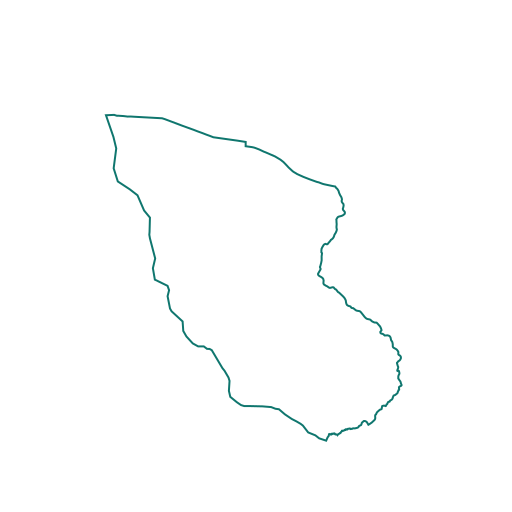 the district of Campina, Prahova, Romania, rotated 143°
{"feature_id": "2599482B7526130518250", "entity_name": "Campina", "entity_type": "district", "adm_level": 2, "iso_a3": "ROU", "parent_name": "Romania", "parent_adm1": "Prahova", "projection": "orthographic", "projection_center": [25.739, 45.14], "detail": "fine", "context": "isolated", "style": "outline", "palette": "teal", "viewbox_px": 512, "rotation_deg": 143, "n_neighbors": 0, "source": "geoboundaries", "source_scale": "gbopen_adm2", "svg_char_len": 5878}
<svg xmlns="http://www.w3.org/2000/svg" viewBox="0 0 512 512"><g transform="rotate(143 256 256)"><path d="M330.1,333.9L338.0,314.7L345.7,308.3L351.0,298.0L344.6,285.4L346.0,281.0L350.8,277.1L356.3,265.8L356.7,262.6L354.0,247.9L359.2,239.9L360.0,233.6L359.1,224.2L356.6,218.6L352.1,215.2L351.0,211.3L349.0,209.7L348.0,207.4L350.3,186.7L350.2,183.3L351.1,175.5L352.3,172.2L358.8,164.6L361.3,159.0L359.3,150.8L357.7,146.0L355.7,143.2L350.4,139.2L341.3,132.0L334.8,126.2L332.4,122.3L329.9,119.8L328.2,112.1L325.5,104.3L323.2,99.5L321.4,95.2L320.6,92.4L320.5,83.7L316.5,77.0L315.3,72.4L311.1,66.3L307.9,68.1L306.3,68.5L305.7,69.1L305.3,69.3L304.9,69.7L304.6,69.5L304.1,69.4L304.0,69.2L303.8,68.4L303.7,68.3L303.6,68.2L303.2,68.4L302.5,68.5L302.0,68.2L302.0,67.8L301.9,67.6L301.3,67.6L300.7,67.5L300.1,67.1L300.0,66.8L300.2,66.3L300.1,65.9L299.9,65.6L299.5,65.5L299.2,65.1L298.8,64.4L298.7,64.2L298.7,63.9L298.1,64.1L298.2,64.3L297.6,64.1L297.0,64.1L296.7,64.0L296.3,64.0L295.8,64.1L295.4,63.8L295.0,63.8L294.5,64.0L293.9,64.3L293.2,64.3L292.8,64.5L292.5,64.7L292.3,64.6L292.3,64.3L292.1,64.1L291.5,63.9L291.1,63.8L290.4,63.6L289.9,63.8L289.7,63.7L289.5,63.4L289.4,63.3L288.8,63.6L288.6,63.6L288.4,63.4L288.2,62.9L287.9,62.7L287.5,62.5L287.2,62.7L287.1,62.8L286.7,62.6L286.4,62.6L285.7,62.1L285.2,62.0L284.6,61.4L284.5,61.2L284.6,60.9L284.4,60.8L283.8,60.4L283.2,60.3L282.9,60.0L282.5,60.0L282.2,60.0L281.8,59.7L281.2,59.1L280.5,58.7L278.4,57.8L277.9,57.7L277.5,57.7L276.9,57.8L275.9,58.2L275.4,58.1L274.1,57.8L273.7,57.8L272.7,58.4L272.0,59.0L271.3,59.2L270.8,59.2L269.7,59.3L269.1,59.3L268.7,59.0L268.3,58.6L267.9,58.0L267.5,57.0L267.5,56.7L267.5,56.0L267.8,53.6L267.1,53.5L266.1,53.4L265.4,53.4L263.9,53.3L260.2,53.7L259.5,53.9L258.8,54.3L258.4,54.7L258.0,55.2L257.3,56.3L256.7,57.0L256.1,57.3L255.4,57.3L255.1,57.5L254.2,58.0L253.2,58.4L249.7,58.7L248.5,58.3L247.8,58.2L247.2,58.7L246.3,59.6L245.5,60.2L245.4,60.2L243.8,59.5L243.4,59.0L242.9,58.2L242.4,58.1L242.2,58.2L241.0,58.9L240.3,58.8L240.1,58.9L239.3,59.4L238.8,59.7L238.5,59.8L237.9,59.8L237.1,59.3L236.8,59.3L236.2,59.7L235.9,59.8L234.2,59.6L233.5,59.7L232.7,60.0L232.0,60.6L230.5,61.5L230.1,61.7L229.6,61.6L228.7,61.3L228.2,61.2L226.9,61.3L225.9,61.3L225.3,61.5L225.1,61.6L224.5,62.2L224.1,62.3L223.7,62.5L223.2,63.0L222.9,63.1L222.4,63.0L222.1,63.1L221.8,63.5L221.3,64.5L221.0,64.9L220.7,65.2L219.8,65.3L218.2,65.0L217.8,65.1L217.5,65.2L217.3,65.5L216.9,67.2L216.6,67.7L216.2,68.9L216.2,70.1L216.2,70.9L216.1,71.8L216.1,72.5L215.9,72.8L214.8,74.2L214.2,74.7L213.7,75.0L212.6,75.5L212.0,76.1L211.5,77.1L211.2,77.8L211.1,78.1L211.1,78.3L211.3,78.7L211.7,79.0L212.2,79.1L212.2,79.3L212.1,79.5L211.7,79.9L211.0,80.3L210.1,80.9L209.6,81.3L209.2,81.8L209.1,82.1L208.9,83.1L208.6,83.8L207.9,85.6L207.6,85.9L207.1,85.9L205.8,86.3L204.8,86.2L204.1,86.2L203.3,86.4L202.4,86.8L202.0,87.0L201.3,87.8L201.0,88.4L200.9,88.9L200.9,89.4L201.1,90.3L201.4,90.8L201.5,91.4L201.5,91.8L201.3,92.2L200.6,92.9L200.2,93.6L200.0,93.9L199.9,94.6L199.9,95.8L199.9,96.4L200.1,97.2L201.3,99.9L201.4,100.4L201.4,100.9L201.1,101.6L199.9,103.2L199.3,104.4L198.8,105.7L198.8,107.3L198.5,108.0L197.6,110.0L197.5,111.1L197.6,111.9L197.9,112.4L198.6,113.4L201.1,115.1L201.2,115.6L201.3,116.6L201.7,117.5L202.5,118.5L202.8,119.0L202.9,119.5L202.5,120.5L200.4,121.2L199.7,123.0L199.5,124.2L199.3,124.9L199.6,129.0L199.8,130.2L201.5,131.7L202.5,133.6L202.8,134.6L203.0,136.2L203.4,136.9L204.8,138.5L205.3,139.2L205.6,140.0L205.9,141.8L206.0,146.8L206.1,148.5L206.4,149.5L206.9,150.1L208.0,151.2L208.7,152.1L209.0,152.9L209.6,155.3L209.8,155.9L210.3,156.3L210.8,156.9L211.0,157.5L210.9,158.7L211.3,159.4L212.1,160.4L212.5,161.2L212.8,162.1L212.6,163.4L212.0,164.8L211.1,166.4L210.8,167.6L210.6,169.5L210.8,171.6L211.5,175.7L211.7,176.8L212.1,177.6L212.2,178.2L212.2,180.4L212.3,181.2L212.6,181.7L212.8,182.2L212.9,184.1L213.2,184.6L213.7,185.0L214.7,185.4L215.9,185.9L216.5,186.4L216.9,187.3L217.3,188.7L218.3,190.7L218.5,191.5L218.8,192.0L218.8,193.0L218.7,193.4L218.3,194.0L216.7,195.8L216.1,197.3L216.1,198.3L216.4,199.4L216.8,200.5L217.3,201.5L217.6,202.4L217.7,203.3L217.5,204.0L217.1,204.5L212.5,206.5L212.2,206.8L212.0,207.2L211.8,208.2L211.5,208.8L210.6,209.3L208.1,211.3L206.2,213.0L203.6,216.5L202.7,217.3L202.3,217.8L201.6,218.5L201.5,219.2L201.6,219.5L200.6,220.9L199.3,222.3L197.8,223.1L195.3,224.1L194.5,224.2L193.5,224.0L193.1,223.8L192.5,222.8L192.1,222.5L191.7,222.5L191.1,222.5L190.0,222.9L188.7,223.1L187.2,223.5L186.4,223.8L185.3,223.7L184.4,223.8L183.8,223.9L182.5,224.4L181.4,225.1L180.8,225.6L179.9,226.0L178.3,226.6L176.4,227.7L175.4,228.6L174.8,230.0L174.0,231.1L172.8,232.4L172.0,233.5L171.4,234.5L170.4,235.9L169.9,236.8L169.3,237.1L168.5,237.4L167.8,237.7L167.0,237.8L166.4,237.7L165.6,237.4L164.0,236.7L162.7,236.3L161.8,236.2L160.7,236.2L159.8,236.3L159.3,236.7L158.8,237.3L158.6,237.8L158.6,238.6L158.7,240.5L158.5,241.0L158.2,241.5L157.2,242.2L155.7,243.5L155.1,244.5L154.9,245.0L155.0,246.0L154.9,247.6L154.5,248.4L153.8,249.0L153.2,249.6L152.7,250.8L152.4,251.8L152.2,254.0L151.9,255.3L151.6,256.6L151.0,258.0L150.8,259.2L150.7,260.8L151.0,262.2L150.9,263.8L153.1,266.2L157.9,271.7L158.9,272.9L159.8,274.2L161.6,277.1L162.7,278.4L163.7,279.9L167.1,285.1L170.5,290.6L173.8,296.6L174.4,298.2L175.2,300.1L175.5,300.9L175.8,302.1L176.1,303.8L176.7,307.1L176.9,309.3L177.5,314.4L178.5,318.2L180.9,324.1L186.0,333.1L186.9,334.5L188.0,336.6L189.3,339.1L191.5,342.6L192.4,343.9L193.7,345.4L198.2,349.9L195.6,353.3L201.6,359.5L218.6,376.5L220.7,379.9L222.6,382.8L224.7,386.2L227.7,390.8L229.8,394.2L236.4,404.3L246.4,420.1L248.1,422.5L269.1,440.2L271.9,442.6L274.6,444.6L277.6,447.5L281.9,451.2L282.6,451.6L284.4,454.1L289.5,457.6L291.1,458.7L298.2,436.9L302.9,426.0L316.9,411.7L321.5,398.7L316.7,385.3L314.1,375.8L318.0,359.7L317.6,350.5L326.6,339.2L328.4,337.2L330.1,333.9Z" fill="none" stroke="#0f766e" stroke-width="2"/></g></svg>